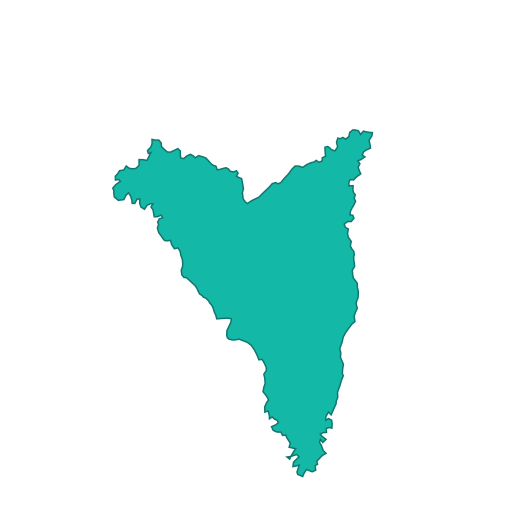 the district of Apucarana, Paraná, Brazil, rotated 211°
{"feature_id": "56859067B99141205159881", "entity_name": "Apucarana", "entity_type": "district", "adm_level": 2, "iso_a3": "BRA", "parent_name": "Brazil", "parent_adm1": "Paraná", "projection": "equal_earth", "projection_center": [-51.441, -23.577], "detail": "fine", "context": "isolated", "style": "filled", "palette": "teal", "viewbox_px": 512, "rotation_deg": 211, "n_neighbors": 0, "source": "geoboundaries", "source_scale": "gbopen_adm2", "svg_char_len": 4434}
<svg xmlns="http://www.w3.org/2000/svg" viewBox="0 0 512 512"><g transform="rotate(211 256 256)"><path d="M122.9,102.1L118.9,106.8L115.7,106.0L116.9,101.6L117.6,98.5L115.9,94.5L113.9,96.2L111.3,99.0L110.3,95.1L109.6,91.9L107.8,90.3L102.4,91.0L102.9,94.5L102.7,99.0L99.6,99.5L96.7,100.0L94.5,103.1L97.3,106.8L96.0,109.1L98.2,111.4L96.4,119.2L94.3,122.9L98.1,123.8L102.7,127.5L105.5,128.9L106.4,132.0L102.7,130.5L101.5,134.9L106.6,135.5L109.1,136.4L107.7,139.0L104.7,141.1L106.9,144.2L105.0,146.7L102.3,147.5L104.2,151.2L106.6,154.2L110.2,154.0L111.6,151.2L113.4,154.0L113.5,159.6L109.8,158.5L110.8,166.7L111.2,170.4L112.5,173.2L113.2,177.1L115.9,181.0L116.7,184.7L117.4,188.5L118.6,192.8L119.5,198.3L121.5,199.8L123.5,203.7L125.2,208.1L131.4,212.6L133.4,216.6L136.5,219.7L137.8,226.5L139.5,231.4L139.7,236.6L139.3,241.7L138.7,247.1L137.4,250.7L140.8,254.9L141.7,258.5L142.2,263.4L145.7,266.7L146.6,269.7L147.0,272.7L150.0,278.4L152.7,281.0L155.2,284.8L158.1,286.1L161.1,287.2L163.2,289.4L166.1,293.4L166.1,297.8L168.1,300.6L169.8,302.5L171.6,305.1L172.6,308.1L174.6,310.3L177.4,311.4L180.4,313.3L181.8,317.5L186.8,319.8L189.1,322.4L190.8,326.7L194.1,326.5L196.8,328.8L195.2,332.7L192.2,334.5L191.4,338.7L194.1,340.8L196.6,339.7L198.1,343.0L198.4,346.2L198.4,349.7L198.8,354.2L201.5,355.9L202.4,359.6L205.1,360.6L207.0,362.6L209.0,366.3L212.4,364.1L214.3,366.8L214.6,370.0L211.5,371.5L210.8,374.9L209.7,377.7L208.5,380.3L211.2,382.2L214.2,384.7L214.4,388.5L217.8,390.2L215.8,392.5L213.7,397.1L216.9,397.2L217.4,400.7L216.1,403.6L213.4,407.5L215.7,410.3L218.7,413.4L218.5,418.6L219.8,421.7L222.2,420.5L225.8,419.1L228.3,418.3L228.9,414.0L232.7,416.1L235.7,415.2L237.9,414.0L239.3,410.2L237.9,406.2L239.5,402.3L242.6,402.4L244.2,399.9L246.6,399.2L245.6,395.0L242.2,391.5L242.5,386.7L246.4,386.0L248.8,386.7L251.0,386.8L252.9,384.7L250.8,381.5L247.8,377.3L249.8,374.2L248.2,371.6L250.4,368.7L253.6,369.0L254.7,366.4L256.9,364.3L259.7,360.3L261.5,356.1L265.8,355.0L268.8,353.3L269.9,349.0L270.5,342.6L271.9,336.3L272.4,331.9L274.4,329.1L276.9,329.1L279.3,326.5L280.2,321.6L281.5,317.0L282.7,312.6L283.7,308.1L285.9,304.7L288.1,301.4L290.5,296.5L293.2,296.9L296.6,298.5L300.4,303.5L301.3,307.1L304.9,311.2L308.1,314.9L311.6,314.4L313.8,314.2L314.0,317.8L316.6,319.0L318.5,316.6L321.7,315.3L324.5,316.4L327.2,316.2L329.1,314.3L331.7,311.5L333.7,309.9L336.5,312.3L339.5,311.7L341.9,311.9L344.6,312.8L349.5,314.2L353.1,313.5L356.9,312.5L358.6,308.9L361.1,309.5L364.6,309.4L367.0,305.8L368.0,302.4L371.1,301.2L373.2,304.2L375.1,307.1L378.3,307.8L379.8,305.4L381.3,303.2L382.9,300.9L385.5,299.5L388.6,300.0L393.4,301.1L395.4,304.0L399.1,305.3L401.9,303.5L405.2,302.4L403.1,299.1L402.2,295.5L403.3,290.5L401.1,288.4L399.4,290.5L398.7,281.8L402.4,280.4L405.9,278.4L402.9,273.5L404.0,269.4L406.4,267.3L409.9,265.9L413.6,266.3L413.6,261.6L416.9,258.9L416.9,254.9L417.7,252.0L415.6,248.7L413.2,250.8L410.7,250.2L413.0,244.8L413.7,240.5L411.5,238.7L409.6,235.7L407.8,233.6L402.7,232.8L398.3,236.3L398.7,240.8L397.9,244.5L394.2,242.7L390.9,239.6L389.3,237.3L387.0,238.6L387.2,243.5L385.0,245.0L382.8,241.2L379.8,238.7L375.7,238.6L375.4,243.6L373.3,246.5L371.2,247.6L371.3,244.0L367.9,242.4L365.7,239.8L363.4,237.2L360.8,238.9L358.2,242.2L355.7,240.7L358.0,238.1L357.8,234.4L355.7,232.8L354.9,229.1L351.2,225.8L347.4,224.3L345.2,223.2L342.4,222.2L340.2,223.1L337.3,225.4L334.1,222.3L329.7,220.2L327.0,222.8L323.3,220.8L320.8,217.9L317.5,215.3L315.0,211.9L313.5,209.1L312.8,205.4L309.8,201.6L306.7,200.5L304.5,201.6L301.3,201.0L296.6,200.0L293.1,199.3L290.4,198.1L287.9,196.4L284.8,194.4L282.1,194.4L279.9,193.6L277.3,194.1L273.5,193.1L271.2,191.8L268.6,191.1L265.8,189.2L263.0,186.6L259.9,184.5L257.3,181.9L253.9,184.3L248.7,187.9L244.8,189.6L243.4,186.2L242.5,177.2L240.3,173.0L238.5,171.2L236.2,170.8L232.6,172.1L230.5,173.5L227.7,176.0L219.1,177.5L214.1,177.0L209.6,175.0L207.3,173.7L203.4,171.1L200.1,168.5L197.5,170.5L195.0,169.2L192.6,167.7L189.9,165.8L188.2,163.3L188.4,158.7L185.6,155.8L182.5,151.5L181.8,147.9L180.1,143.3L174.9,141.4L171.1,139.1L171.4,135.5L170.8,131.1L168.0,126.7L165.8,129.4L162.6,126.4L160.6,123.4L159.2,126.4L156.3,125.7L153.2,126.1L151.0,124.6L152.1,121.5L154.8,117.7L151.4,115.4L147.4,115.9L143.8,117.9L140.8,115.9L138.3,117.8L136.0,116.1L133.0,114.6L130.2,113.2L129.1,109.1L122.8,111.2L123.0,106.5L122.9,102.1ZM122.9,102.1L125.9,99.7L122.5,99.2L122.9,102.1Z" fill="#14b8a6" stroke="#0f766e" stroke-width="1.5"/></g></svg>